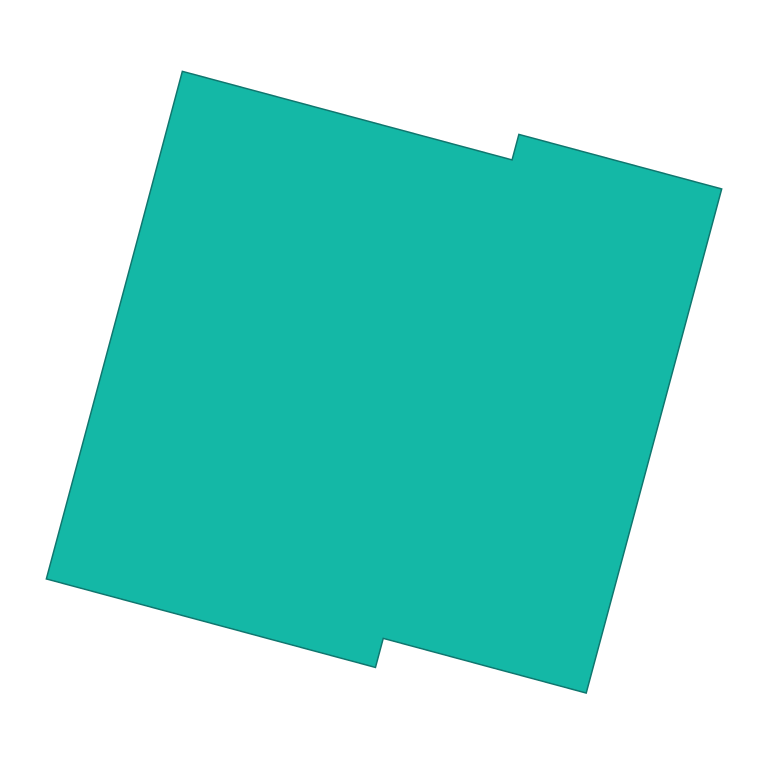 Rolette, North Dakota, United States of America (Mercator projection), rotated 285°
{"feature_id": "52423323B96885116348169", "entity_name": "Rolette", "entity_type": "district", "adm_level": 2, "iso_a3": "USA", "parent_name": "United States of America", "parent_adm1": "North Dakota", "projection": "mercator", "projection_center": [-99.803, 48.772], "detail": "fine", "context": "isolated", "style": "filled", "palette": "teal", "viewbox_px": 768, "rotation_deg": 285, "n_neighbors": 0, "source": "geoboundaries", "source_scale": "gbopen_adm2", "svg_char_len": 315}
<svg xmlns="http://www.w3.org/2000/svg" viewBox="0 0 768 768"><g transform="rotate(285 384 384)"><path d="M633.8,108.3L632.9,108.3L475.4,108.5L121.3,108.3L108.3,108.3L108.0,449.1L138.1,449.1L137.8,659.3L659.8,659.7L660.0,449.7L633.6,449.7L633.8,108.3Z" fill="#14b8a6" stroke="#0f766e" stroke-width="1.5"/></g></svg>